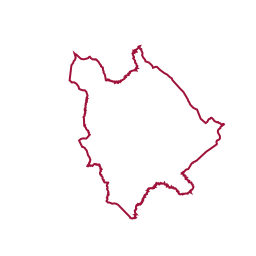 the district of Chipili, Luapula, Zambia, rotated 132°
{"feature_id": "96606910B25287686140667", "entity_name": "Chipili", "entity_type": "district", "adm_level": 2, "iso_a3": "ZMB", "parent_name": "Zambia", "parent_adm1": "Luapula", "projection": "orthographic", "projection_center": [29.255, -10.48], "detail": "fine", "context": "isolated", "style": "outline", "palette": "rose", "viewbox_px": 256, "rotation_deg": 132, "n_neighbors": 0, "source": "geoboundaries", "source_scale": "gbopen_adm2", "svg_char_len": 5787}
<svg xmlns="http://www.w3.org/2000/svg" viewBox="0 0 256 256"><g transform="rotate(132 128 128)"><path d="M196.5,95.2L196.8,94.9L196.7,92.9L195.8,91.9L194.8,89.0L193.4,88.0L192.2,86.1L191.7,84.1L192.8,67.2L193.3,66.2L192.5,64.3L191.4,63.8L190.4,62.5L189.4,62.2L189.4,63.4L188.7,64.0L188.0,63.8L187.6,64.3L187.7,64.6L187.4,64.4L186.7,65.1L186.5,64.7L186.4,65.7L185.0,67.6L184.3,67.8L183.7,67.4L182.5,67.7L182.5,68.2L182.1,68.7L180.7,69.6L180.0,69.5L179.9,69.9L179.1,70.0L178.5,69.8L178.3,69.2L177.8,69.6L177.6,69.0L178.0,68.3L177.7,68.6L177.3,68.2L177.5,68.7L177.1,68.8L176.5,68.6L176.6,67.9L175.5,68.1L175.4,67.7L174.9,68.0L174.2,67.6L172.8,68.1L172.9,68.4L172.4,68.3L172.5,68.7L172.0,69.0L171.6,68.7L171.2,69.4L170.6,69.1L170.0,69.8L169.1,69.5L168.6,69.8L168.2,69.5L168.2,69.8L167.4,69.9L167.5,70.5L167.0,70.6L166.5,70.6L166.6,70.3L165.6,70.4L165.3,70.0L164.4,69.7L163.4,70.8L162.1,70.6L162.3,70.9L160.7,71.5L161.0,71.9L159.9,71.7L159.9,72.2L159.5,72.3L158.7,72.1L158.3,71.2L157.2,70.8L156.9,70.0L155.9,69.6L156.3,69.2L155.3,68.4L154.5,68.9L153.7,68.3L153.7,68.9L153.2,68.6L153.0,68.9L153.2,69.4L152.0,69.0L152.0,69.6L150.2,69.0L150.3,70.0L149.9,70.1L149.7,69.1L148.7,68.5L149.0,67.6L148.1,67.3L148.3,66.9L147.1,66.9L147.1,66.4L146.6,66.1L146.7,65.5L145.3,64.3L145.3,63.8L144.6,64.0L145.3,62.8L144.7,62.1L144.8,61.7L143.9,61.5L144.3,60.5L144.7,60.3L144.5,60.2L145.1,59.8L144.3,59.4L144.6,59.0L144.1,57.4L144.6,57.1L144.2,56.6L143.0,56.4L143.0,56.0L142.5,56.3L142.7,55.2L142.1,54.8L142.4,54.5L142.4,54.2L141.9,54.3L141.8,52.7L141.2,52.4L141.2,50.8L142.2,49.3L142.1,48.8L141.6,48.7L142.0,48.0L141.7,47.7L142.4,47.2L142.4,46.4L142.8,46.2L142.5,44.9L141.0,43.8L141.0,43.4L140.6,43.5L140.2,42.8L139.9,42.9L139.7,42.3L138.1,41.4L137.3,40.2L136.8,40.2L136.6,39.7L135.4,39.8L134.2,39.3L134.0,38.4L133.8,39.0L133.4,38.9L133.4,39.7L132.1,39.7L130.7,39.0L128.7,39.6L127.7,40.2L127.6,41.4L126.7,42.1L126.9,43.4L126.1,44.5L127.5,46.3L127.1,46.6L127.2,47.1L126.3,47.3L126.8,48.5L126.5,49.4L127.3,50.9L126.3,51.5L125.8,51.4L126.4,52.3L125.3,53.0L125.7,54.0L125.4,53.9L125.2,54.2L126.0,54.9L124.9,56.3L125.2,56.2L125.2,56.6L126.1,57.6L125.7,57.9L123.6,57.5L123.1,57.0L120.3,57.1L118.1,55.7L111.6,57.0L110.4,56.4L109.5,56.6L107.9,55.6L107.3,55.7L106.5,55.2L93.3,54.0L80.8,51.1L79.9,51.8L79.4,52.8L78.0,53.5L75.4,52.5L74.1,52.8L72.4,54.5L71.3,57.8L70.3,59.1L68.5,59.8L66.4,59.3L65.8,59.8L64.9,59.9L61.2,59.1L61.0,59.7L62.9,61.1L62.9,63.1L63.6,64.2L63.3,65.0L64.2,65.7L64.7,67.2L65.0,68.8L64.5,70.5L64.5,72.8L65.2,73.3L66.4,73.2L67.5,73.9L70.4,73.2L72.4,73.6L72.5,80.2L68.1,89.0L69.3,92.7L69.0,97.4L67.8,99.9L67.7,101.0L66.7,102.8L64.1,111.0L63.9,115.5L62.7,126.9L61.8,128.7L62.2,130.9L62.1,134.6L62.9,137.8L63.4,143.0L63.2,147.4L64.2,148.5L66.5,149.7L65.7,151.2L65.4,152.8L65.4,156.5L66.8,159.6L65.9,160.8L65.4,164.0L64.4,166.3L63.1,166.9L62.2,168.0L61.6,169.8L60.6,170.9L61.0,171.2L61.1,171.9L60.2,173.6L59.2,173.9L60.6,174.7L61.6,173.9L63.8,174.1L65.1,174.8L65.7,172.7L67.0,173.8L67.1,174.7L66.6,175.2L66.9,175.8L67.2,175.6L68.1,173.7L68.7,174.7L69.6,174.6L70.9,172.2L71.1,171.2L71.6,170.7L72.7,170.8L73.3,167.6L74.2,167.0L74.8,166.0L74.6,165.7L74.8,164.7L75.9,163.3L75.7,162.5L76.7,162.0L77.3,162.1L77.3,161.5L77.7,162.0L79.0,161.9L78.7,161.3L79.3,161.3L79.1,161.1L79.5,160.5L79.6,161.0L80.1,160.9L81.5,162.5L84.9,164.3L85.6,164.1L85.4,163.6L85.7,163.3L87.3,164.1L87.5,163.3L88.1,162.9L90.7,164.8L91.2,164.8L91.7,163.7L92.6,164.5L93.1,163.7L93.8,163.6L96.5,164.4L97.6,165.2L98.0,165.2L98.2,164.5L99.3,164.6L99.6,166.2L100.6,166.2L101.2,165.6L101.5,165.9L101.4,166.6L101.1,166.4L100.7,167.0L101.0,167.6L101.4,167.6L102.1,168.6L102.9,167.7L103.4,167.9L102.8,169.1L102.9,169.7L103.6,170.1L103.7,171.1L104.5,171.8L104.3,172.4L105.4,173.6L105.4,174.2L104.8,174.5L104.9,174.8L105.5,175.5L106.0,175.0L106.8,176.2L107.1,176.0L107.3,176.4L104.0,180.6L103.0,183.5L102.1,184.1L101.6,185.5L99.9,187.1L100.3,188.9L100.2,189.4L99.5,189.9L99.5,191.1L98.4,194.7L98.6,195.6L98.3,197.0L98.5,198.0L99.3,198.2L99.4,198.9L100.6,200.1L100.9,202.0L100.6,204.1L101.3,204.4L102.7,204.4L104.2,205.2L106.6,206.9L107.7,208.5L108.1,209.5L108.0,215.5L108.4,216.4L108.4,217.6L110.7,213.9L112.9,213.0L114.6,213.1L116.3,212.3L119.3,212.0L131.6,203.3L131.8,200.3L130.2,198.8L129.6,196.0L130.3,192.5L131.6,190.6L131.5,189.9L130.4,187.1L128.9,185.3L129.0,183.2L131.1,179.6L132.9,179.1L133.1,178.1L133.8,178.5L134.3,177.5L135.0,177.7L135.3,176.9L135.9,177.1L136.2,176.1L137.1,176.3L138.5,175.6L138.4,175.1L140.1,174.4L141.3,173.0L142.2,173.2L143.0,171.6L143.6,172.2L144.2,171.4L144.2,170.8L145.1,170.4L145.3,169.8L145.8,169.8L146.7,169.2L147.0,169.4L147.9,168.4L149.7,168.4L150.1,167.4L155.2,162.5L154.8,162.2L155.2,161.8L155.0,161.6L155.8,161.2L156.0,159.5L156.7,158.4L156.9,156.7L156.6,155.8L157.6,154.8L157.4,154.2L158.6,153.1L158.6,151.9L163.5,151.9L164.5,152.7L165.5,154.2L167.5,155.6L170.0,156.0L172.7,149.4L172.1,148.5L171.8,147.0L172.5,143.4L175.0,139.4L175.5,137.2L176.8,134.7L179.1,133.4L179.7,133.7L180.7,133.0L182.4,133.0L183.5,132.7L183.3,132.1L182.3,132.2L182.0,131.8L181.5,131.9L181.5,131.5L181.1,131.7L181.1,130.5L180.4,130.0L180.0,129.0L178.1,129.2L177.0,128.7L176.9,128.0L176.3,127.8L176.4,127.2L175.9,126.9L176.0,126.2L174.4,125.1L174.5,124.3L175.4,123.8L175.2,123.0L176.1,122.1L176.1,120.8L176.7,120.8L176.7,120.4L177.0,120.6L177.1,120.2L177.9,120.0L178.2,119.2L179.7,119.1L180.9,118.0L180.8,116.9L181.1,117.0L181.4,116.2L181.3,114.6L182.0,113.4L182.7,113.2L183.2,111.9L182.9,111.0L183.7,110.6L184.1,109.3L184.0,108.7L183.0,107.7L182.9,106.7L181.9,106.4L181.9,106.1L184.8,105.4L185.5,104.6L185.5,103.7L186.7,102.8L187.4,102.8L188.3,100.3L189.8,98.5L190.0,98.9L190.5,98.3L191.0,98.4L191.2,97.6L192.7,97.7L193.6,96.8L194.1,96.9L194.2,96.2L195.0,95.4L196.5,95.2Z" fill="none" stroke="#9f1239" stroke-width="2"/></g></svg>